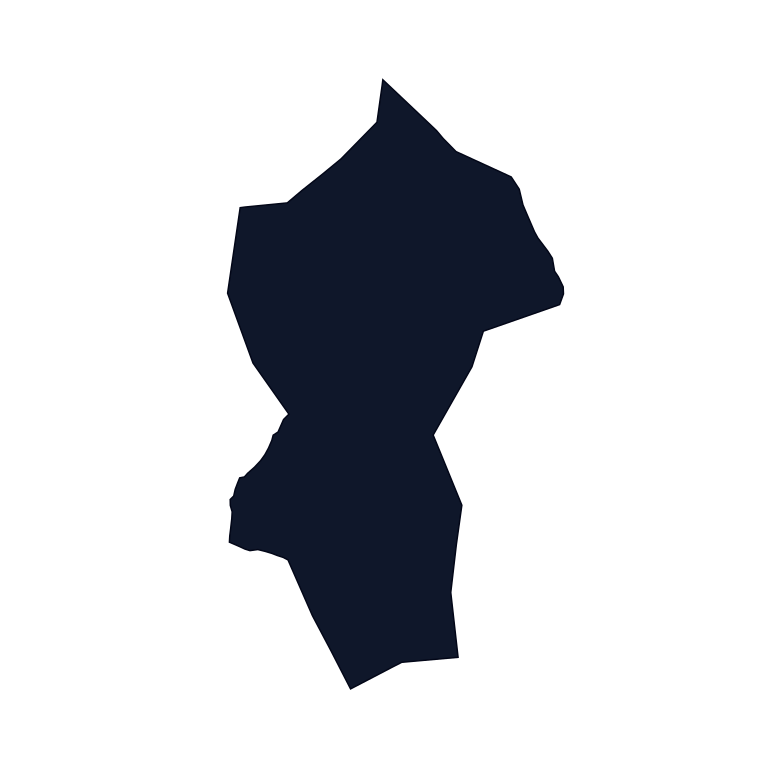 Bela Vista do Piauí, Piauí, Brazil (Mercator projection), rotated 247°
{"feature_id": "56859067B1164348175841", "entity_name": "Bela Vista do Piauí", "entity_type": "district", "adm_level": 2, "iso_a3": "BRA", "parent_name": "Brazil", "parent_adm1": "Piauí", "projection": "mercator", "projection_center": [-41.861, -7.998], "detail": "fine", "context": "isolated", "style": "filled", "palette": "ink", "viewbox_px": 768, "rotation_deg": 247, "n_neighbors": 0, "source": "geoboundaries", "source_scale": "gbopen_adm2", "svg_char_len": 1083}
<svg xmlns="http://www.w3.org/2000/svg" viewBox="0 0 768 768"><g transform="rotate(247 384 384)"><path d="M602.5,320.5L528.7,275.5L454.4,271.6L393.4,284.7L390.6,277.7L385.8,272.6L381.2,267.7L380.2,262.0L375.9,258.7L370.2,252.7L365.5,246.8L361.6,240.4L358.0,232.3L355.1,223.6L353.0,219.2L354.0,214.5L350.2,210.7L345.2,205.9L339.6,201.9L337.8,197.3L332.3,195.1L325.7,194.3L319.4,191.2L314.8,188.6L310.7,186.3L304.3,182.6L298.8,179.9L294.1,184.4L290.5,187.8L286.4,191.5L283.0,195.5L280.9,203.2L276.3,209.3L271.8,214.7L267.9,218.7L264.0,223.2L259.6,226.9L198.7,227.6L158.8,231.0L116.4,234.1L120.1,280.4L120.9,291.6L103.5,345.4L166.0,364.0L208.0,387.9L242.0,408.3L301.1,409.1L317.8,409.3L365.5,471.7L393.8,496.1L388.5,576.7L396.8,584.4L403.4,586.9L414.5,586.4L421.2,585.1L434.0,588.1L442.3,586.7L458.3,582.7L465.3,582.0L485.0,581.9L494.6,581.9L510.5,584.6L524.9,582.0L569.8,541.1L586.8,534.4L596.6,531.4L609.3,525.9L664.5,501.8L660.0,499.2L627.7,479.8L608.0,432.4L600.9,408.3L594.3,384.4L588.5,365.7L601.2,325.2L602.5,320.5Z" fill="#0f172a" stroke="#020617" stroke-width="1.5"/></g></svg>